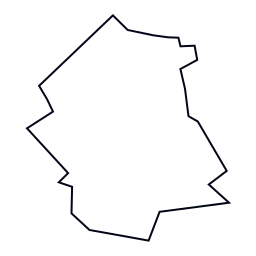 Tepelenë, Gjirokastër, Albania
{"feature_id": "67620474B25662331989090", "entity_name": "Tepelenë", "entity_type": "district", "adm_level": 2, "iso_a3": "ALB", "parent_name": "Albania", "parent_adm1": "Gjirokastër", "projection": "mercator", "projection_center": [19.977, 40.343], "detail": "fine", "context": "isolated", "style": "outline", "palette": "ink", "viewbox_px": 256, "rotation_deg": 0, "n_neighbors": 0, "source": "geoboundaries", "source_scale": "gbopen_adm2", "svg_char_len": 429}
<svg xmlns="http://www.w3.org/2000/svg" viewBox="0 0 256 256"><path d="M112.9,15.4L39.1,85.8L47.2,99.5L53.0,111.6L27.0,128.3L68.1,173.1L58.8,182.3L72.1,186.8L71.5,213.4L89.5,230.0L148.6,240.6L159.6,211.8L229.0,202.7L208.8,184.5L226.7,170.9L197.8,121.5L188.5,116.2L185.0,88.8L180.4,69.0L197.2,59.9L194.6,45.7L180.5,46.3L178.4,37.7L168.0,37.3L153.3,35.3L127.7,30.0L112.9,15.4Z" fill="none" stroke="#020617" stroke-width="2"/></svg>